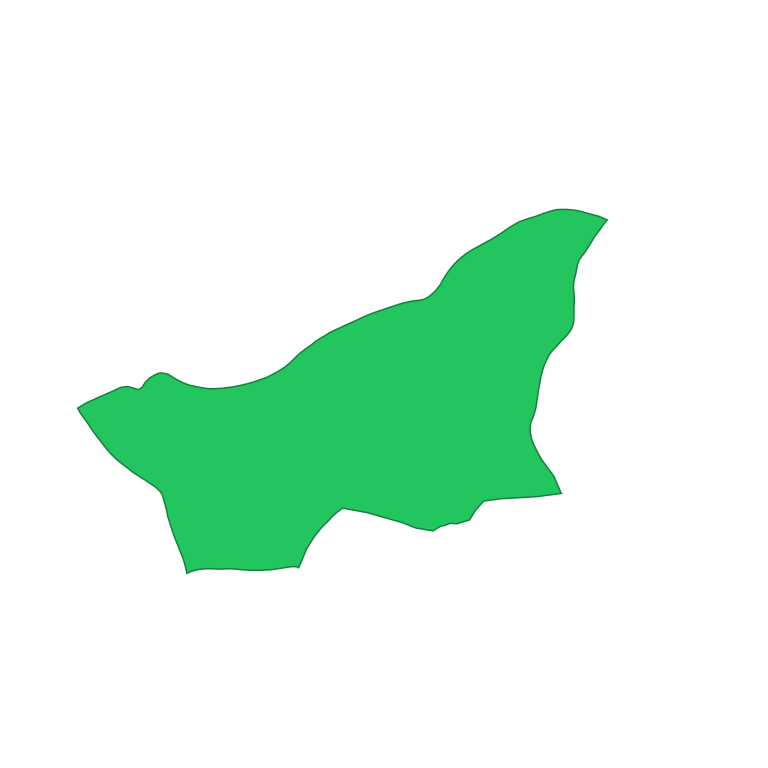 the district of Al Mukalla, Hadramawt, Yemen, rotated 314°
{"feature_id": "15242507B18959101282675", "entity_name": "Al Mukalla", "entity_type": "district", "adm_level": 2, "iso_a3": "YEM", "parent_name": "Yemen", "parent_adm1": "Hadramawt", "projection": "robinson", "projection_center": [48.878, 14.721], "detail": "fine", "context": "isolated", "style": "filled", "palette": "green", "viewbox_px": 768, "rotation_deg": 314, "n_neighbors": 0, "source": "geoboundaries", "source_scale": "gbopen_adm2", "svg_char_len": 4467}
<svg xmlns="http://www.w3.org/2000/svg" viewBox="0 0 768 768"><g transform="rotate(314 384 384)"><path d="M153.8,180.4L153.6,181.1L152.6,184.2L152.1,186.1L151.4,189.8L151.0,192.1L150.5,195.2L149.8,198.7L148.9,202.7L148.1,206.2L147.2,211.4L146.8,214.1L146.3,217.9L145.8,220.6L145.4,223.6L144.8,228.1L144.6,229.8L144.5,231.4L144.1,234.8L144.0,236.5L144.0,241.5L144.2,246.7L144.2,247.0L144.8,252.4L145.3,256.6L145.5,258.0L145.8,261.8L146.0,264.3L147.1,270.0L147.4,271.8L148.1,274.9L149.2,279.9L149.5,282.2L150.0,285.1L151.1,290.5L151.3,296.1L150.6,301.1L148.5,304.6L147.6,306.2L144.5,311.4L141.5,316.5L138.5,320.4L136.2,324.7L133.6,329.6L132.5,331.5L130.9,334.4L128.7,339.1L126.6,343.5L124.6,348.1L121.9,353.8L119.9,358.6L119.1,360.1L117.6,363.1L114.9,367.7L112.7,371.0L112.1,371.9L110.8,373.7L111.9,374.1L116.1,375.9L120.1,378.4L121.2,379.1L124.8,382.0L128.5,385.3L131.7,388.8L135.3,392.8L139.1,396.8L141.4,398.9L142.8,400.2L146.6,404.2L148.8,407.3L149.6,408.2L152.6,411.9L156.2,416.1L157.2,417.2L159.7,419.9L164.0,424.3L167.6,427.7L171.7,431.6L175.6,434.7L175.7,434.8L175.8,434.8L176.7,435.5L180.2,438.2L183.5,440.6L184.3,441.1L188.4,444.4L189.5,445.5L191.9,448.1L192.0,448.5L192.4,450.2L198.9,447.9L200.5,447.3L205.7,445.1L211.3,443.0L217.1,441.7L222.5,440.5L225.5,440.0L227.8,439.6L230.4,439.4L232.3,439.3L237.0,438.8L237.9,438.8L242.0,438.9L246.8,439.0L248.3,439.0L251.3,438.9L256.5,439.0L262.2,439.8L265.9,440.4L266.0,440.5L279.7,461.1L288.1,476.8L296.5,492.5L302.7,507.2L312.4,521.3L320.7,523.4L325.3,526.4L329.5,528.2L334.1,533.5L338.5,536.0L345.6,540.0L357.1,537.5L363.3,537.3L369.1,537.0L374.3,541.2L382.4,547.6L404.9,568.3L409.4,572.4L428.5,587.6L428.5,587.4L428.6,586.8L430.7,582.2L432.7,577.4L435.3,571.2L436.4,566.4L437.3,560.1L438.3,554.8L439.2,549.6L440.9,543.9L443.1,537.5L444.8,532.8L447.0,528.2L450.8,522.9L454.1,519.4L458.5,516.3L462.8,514.6L464.6,513.8L468.0,512.2L472.2,509.9L476.5,506.8L481.5,503.3L486.4,499.8L490.6,497.0L495.4,493.7L500.1,490.6L502.8,489.2L505.1,488.0L508.1,486.6L509.5,485.9L513.9,484.4L519.0,482.7L525.0,481.9L530.3,482.0L535.0,481.8L540.0,481.7L544.8,481.8L548.8,481.4L549.0,481.4L550.9,481.2L552.7,480.8L553.9,480.5L555.1,480.2L555.6,480.0L559.7,477.8L560.2,477.4L563.4,474.7L567.0,471.3L570.4,468.0L574.1,464.9L574.5,464.5L578.3,460.8L581.7,457.1L584.9,453.4L588.8,449.9L592.8,447.5L596.9,445.1L603.6,440.7L608.9,438.2L613.5,437.5L618.9,436.9L624.6,435.8L630.6,434.5L635.4,433.3L639.9,432.7L644.6,432.1L649.4,431.3L655.6,430.7L657.2,430.6L656.1,427.8L655.5,426.2L653.6,421.6L653.5,421.4L653.1,420.6L650.8,416.5L648.2,411.9L646.9,409.5L645.7,407.0L643.3,403.0L642.9,402.3L642.5,401.9L639.7,398.1L636.6,394.3L633.0,390.5L632.4,389.9L629.5,387.2L625.5,384.6L622.8,383.1L621.0,382.2L617.1,380.0L616.2,379.6L611.6,377.5L610.0,376.6L607.5,375.3L603.2,372.8L599.4,371.0L599.0,370.8L596.2,369.4L594.4,368.5L590.1,367.2L589.2,367.0L584.9,365.8L579.7,364.7L574.7,363.7L569.6,362.5L563.8,361.1L560.4,360.0L557.4,359.0L552.8,357.6L551.3,357.1L549.5,356.6L546.0,355.5L540.9,354.0L535.4,352.6L534.2,352.5L529.2,351.8L524.7,351.4L519.4,351.2L514.9,351.5L509.4,352.1L506.5,352.6L504.9,352.9L502.3,353.5L500.5,353.9L497.8,354.6L493.9,355.6L488.4,356.2L482.9,356.1L480.0,355.8L477.6,355.6L472.6,353.9L468.5,351.1L466.3,349.2L464.7,347.8L460.7,344.9L456.1,341.9L451.3,339.1L447.0,336.9L442.5,334.5L441.3,333.9L436.9,331.7L433.3,329.8L431.7,328.9L430.2,328.2L427.4,326.8L421.8,324.2L420.9,323.9L417.5,322.5L412.0,320.4L409.2,319.3L406.4,318.2L400.7,315.9L394.4,313.5L390.0,311.8L388.5,311.2L383.4,309.3L378.9,308.2L377.9,308.0L373.3,306.6L369.0,305.7L367.0,305.2L362.0,304.6L359.0,304.1L356.6,303.6L354.5,303.2L349.7,302.4L347.2,302.2L344.0,301.9L338.2,301.8L335.4,301.7L332.5,301.5L330.6,301.3L327.9,301.1L321.7,299.6L317.8,298.5L316.9,298.2L312.1,296.7L306.8,294.8L303.0,292.8L302.5,292.6L297.7,290.3L295.6,289.2L292.9,287.7L288.9,285.3L288.4,284.9L284.3,282.4L278.7,278.5L273.8,274.8L269.3,271.2L265.2,267.5L261.4,263.8L259.0,261.3L258.1,260.2L254.3,254.9L250.5,248.9L248.2,245.1L247.8,244.6L247.3,243.2L245.2,238.5L244.1,234.9L243.4,232.3L242.2,227.5L241.2,222.4L241.1,222.1L238.3,217.4L237.4,216.3L236.1,215.0L232.1,213.0L225.2,211.2L218.9,211.2L213.3,212.3L209.2,211.2L207.0,206.6L203.9,201.2L199.1,197.2L198.0,196.7L196.1,196.0L191.1,194.1L185.5,191.8L180.4,189.8L176.1,187.9L171.7,186.3L171.1,186.0L170.5,185.8L166.3,184.0L161.8,182.5L155.7,180.9L155.1,180.8L153.8,180.4Z" fill="#22c55e" stroke="#15803d" stroke-width="1.5"/></g></svg>